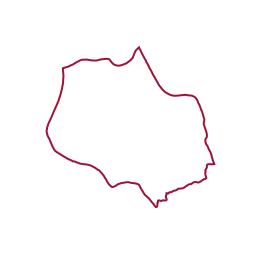 Man'ar, Al Mahrah, Yemen, rotated 234°
{"feature_id": "15242507B25634508234618", "entity_name": "Man'ar", "entity_type": "district", "adm_level": 2, "iso_a3": "YEM", "parent_name": "Yemen", "parent_adm1": "Al Mahrah", "projection": "robinson", "projection_center": [50.908, 16.452], "detail": "fine", "context": "isolated", "style": "outline", "palette": "rose", "viewbox_px": 256, "rotation_deg": 234, "n_neighbors": 0, "source": "geoboundaries", "source_scale": "gbopen_adm2", "svg_char_len": 5797}
<svg xmlns="http://www.w3.org/2000/svg" viewBox="0 0 256 256"><g transform="rotate(234 128 128)"><path d="M47.3,104.9L47.5,105.5L47.8,105.9L48.1,106.3L49.5,107.2L49.9,107.5L50.0,108.0L50.2,108.5L51.2,109.1L51.5,109.5L51.5,110.1L51.1,110.6L50.3,111.3L49.9,111.5L49.4,112.0L49.3,112.5L49.2,113.1L49.0,113.7L48.6,114.2L47.8,115.1L47.2,115.9L47.1,116.5L47.2,117.0L47.6,117.4L48.6,117.7L49.1,117.8L49.6,118.0L50.0,118.2L50.8,118.9L51.2,119.2L51.4,119.7L51.6,120.2L52.1,120.5L52.6,120.8L52.2,121.4L51.7,121.5L51.4,121.9L51.3,122.5L51.5,123.0L51.6,123.6L51.5,124.1L50.8,125.1L50.6,125.7L50.5,126.8L50.6,127.5L50.4,128.0L49.9,128.9L49.7,129.4L49.4,130.5L49.3,131.1L49.2,131.7L49.4,132.8L49.1,133.3L48.8,133.8L47.9,135.3L47.0,136.9L46.9,137.4L46.8,138.0L46.8,140.4L46.7,141.6L46.7,142.3L46.7,143.4L46.6,144.0L45.9,145.6L45.6,146.0L45.5,146.6L45.5,147.2L45.6,148.3L45.5,148.9L45.3,149.5L45.1,150.0L44.9,150.5L44.1,151.4L43.7,151.8L43.3,152.1L42.9,152.5L42.6,152.9L42.3,153.5L42.1,154.7L42.0,155.8L42.0,158.8L41.9,159.4L41.7,159.9L41.4,160.4L41.4,161.9L41.8,162.1L42.3,162.3L43.4,162.6L44.9,163.3L45.8,163.8L46.3,164.2L46.6,164.6L46.9,165.1L47.4,165.2L47.9,165.4L48.3,165.7L48.6,166.2L49.0,167.3L49.9,168.8L50.3,169.1L50.7,169.3L51.2,169.6L51.6,170.0L51.8,170.5L51.7,171.1L51.5,171.6L51.2,172.1L50.9,172.5L50.5,172.9L50.2,173.3L49.2,174.9L48.5,175.7L48.2,176.2L48.1,176.6L48.5,176.6L49.7,177.1L50.7,177.3L51.0,177.4L52.0,177.6L52.6,177.9L52.9,178.0L53.2,178.1L53.5,178.2L53.9,178.4L55.3,178.8L56.0,179.1L57.4,179.8L57.7,179.9L58.3,180.1L58.7,180.1L59.4,180.3L60.1,180.5L60.8,180.6L61.8,180.7L63.2,180.9L63.9,181.0L64.5,181.2L65.2,181.4L66.2,181.6L67.6,181.7L68.3,181.7L68.6,181.8L69.1,181.8L69.9,182.0L70.7,182.2L71.0,182.4L71.8,182.9L72.4,183.2L72.9,183.6L73.2,183.9L73.4,184.2L73.6,184.5L73.7,184.8L73.9,185.5L74.6,186.6L74.8,186.9L75.2,187.2L75.5,187.4L76.5,188.0L77.2,188.4L77.8,188.7L78.1,188.8L78.7,189.0L79.4,189.2L80.4,189.6L81.0,189.8L81.7,190.0L82.4,190.2L83.2,190.4L84.1,190.7L84.8,191.0L86.1,191.4L86.7,191.6L86.9,191.8L87.5,192.2L88.0,192.7L88.5,193.2L88.6,193.5L88.9,193.7L89.3,194.2L89.6,194.5L89.8,194.7L90.5,195.0L91.5,195.3L92.5,195.6L93.0,195.9L93.3,196.0L93.9,196.2L95.9,196.9L96.6,197.1L96.9,197.3L97.2,197.3L97.5,197.4L98.1,197.6L99.0,197.7L99.4,197.9L99.8,197.9L101.1,198.4L102.1,198.6L102.8,198.8L103.4,199.0L104.7,199.3L106.1,199.5L107.2,199.7L108.9,200.2L109.5,200.3L109.9,200.4L112.1,200.4L112.8,200.4L114.1,200.0L114.8,199.7L115.8,199.2L116.8,198.5L118.7,196.4L118.9,196.1L119.4,195.6L120.5,194.6L121.0,194.1L121.2,193.7L121.4,193.4L121.9,192.4L122.1,192.2L123.3,190.2L124.2,188.5L124.8,187.6L125.0,187.3L125.9,185.8L126.5,184.9L127.4,183.9L127.9,183.3L128.8,182.6L129.4,182.2L130.0,181.7L130.9,181.1L132.2,180.5L132.5,180.4L132.8,180.2L134.4,179.5L134.8,179.3L136.6,178.9L137.6,178.7L138.0,178.6L140.0,178.4L142.0,178.4L144.1,178.2L144.9,178.3L146.0,178.5L146.3,178.5L146.7,178.5L148.0,178.7L151.1,179.0L151.5,179.1L151.9,179.1L152.3,179.2L154.3,179.5L155.4,179.5L157.8,179.8L159.6,180.2L159.9,180.2L160.9,180.4L161.2,180.4L161.5,180.4L162.2,180.5L163.5,180.6L163.8,180.6L165.5,181.0L166.2,181.1L166.6,181.2L168.3,181.4L168.6,181.5L169.6,181.6L170.1,181.6L170.4,181.6L171.1,181.8L171.7,182.0L172.0,182.1L173.7,182.2L174.1,182.2L175.1,182.4L178.3,182.8L179.4,183.0L182.4,183.5L183.6,183.8L184.4,183.9L185.0,183.9L186.0,184.1L186.8,184.3L186.7,183.3L186.5,182.7L186.4,181.6L186.3,180.8L186.2,180.1L186.1,179.8L185.9,179.4L185.6,178.8L184.9,177.5L182.5,173.8L182.2,173.1L181.9,172.4L181.8,172.1L181.4,169.9L181.3,169.5L181.3,167.6L181.3,164.8L181.4,164.4L181.6,163.6L181.8,162.5L182.0,162.2L182.1,161.5L182.5,160.1L183.1,158.6L183.6,157.6L184.0,157.0L184.8,156.0L185.1,155.7L185.8,155.1L187.1,154.3L187.4,154.1L188.0,153.9L188.9,153.6L189.9,153.5L190.3,153.4L191.6,153.4L191.9,153.3L194.2,153.3L194.8,153.1L195.1,152.9L195.6,152.4L196.6,151.3L197.0,150.7L197.3,150.1L198.0,148.9L198.7,147.7L199.9,145.3L200.2,144.6L200.6,143.4L201.0,142.4L201.9,141.1L202.5,140.3L204.0,138.4L204.9,137.5L205.3,137.0L206.6,135.9L207.3,135.1L207.5,134.9L207.7,134.6L208.4,133.7L209.0,132.7L209.7,131.8L210.2,130.9L210.5,130.1L210.9,128.8L211.1,127.3L211.4,125.4L211.4,125.1L211.5,124.3L211.6,123.5L211.7,123.1L211.7,122.3L211.7,121.2L211.9,120.1L212.3,118.6L212.6,116.4L212.9,115.3L213.1,114.8L213.4,114.1L213.9,112.6L214.1,112.0L214.3,111.2L214.6,110.4L208.2,106.5L202.2,101.5L198.1,97.1L194.8,93.1L190.6,87.4L184.8,77.4L181.3,71.6L178.4,66.3L176.4,63.5L175.0,62.0L173.3,60.3L171.8,59.5L169.9,58.7L167.8,58.2L165.9,58.1L162.0,57.1L158.0,56.2L154.0,55.6L151.9,55.7L150.1,56.3L142.3,59.5L137.5,61.6L136.9,62.2L135.9,62.7L135.0,63.1L134.5,63.4L134.0,63.6L133.4,63.8L133.1,64.3L132.7,64.7L132.2,65.2L131.7,65.5L131.1,65.8L129.7,66.8L128.7,67.4L127.4,68.3L126.5,69.1L126.1,69.5L124.9,70.7L124.1,71.6L123.7,72.1L123.4,72.5L123.0,72.9L122.2,73.7L120.0,75.5L118.5,76.4L117.4,76.9L116.2,77.4L115.7,77.7L114.7,78.2L114.1,78.3L113.0,78.7L112.4,78.9L111.9,79.0L111.5,79.4L111.0,79.6L110.4,79.8L109.9,79.9L108.9,79.9L106.2,80.3L103.9,80.3L101.8,80.2L100.7,80.0L99.1,80.0L98.5,79.9L96.8,79.6L94.7,79.5L93.6,79.5L93.1,79.5L92.6,79.6L92.1,79.8L91.1,79.9L90.1,80.2L89.7,80.4L89.3,80.8L89.1,81.4L88.6,83.1L88.5,83.7L88.5,84.3L88.4,85.2L88.5,86.2L88.4,86.7L88.3,87.3L87.9,88.4L87.6,89.5L87.2,90.6L86.9,91.1L86.3,92.2L85.5,93.9L84.9,95.0L84.6,95.5L84.3,96.0L83.9,96.4L83.5,96.8L82.6,97.6L81.3,98.8L79.7,100.5L78.5,101.7L77.6,102.4L77.2,102.8L76.2,103.2L75.7,103.4L75.2,103.4L74.3,103.4L73.7,103.3L71.9,102.9L70.9,102.8L68.7,102.7L68.2,102.6L67.7,102.6L67.2,102.6L66.6,102.5L66.1,102.4L64.0,102.4L63.5,102.5L63.0,102.6L62.1,102.9L60.5,103.1L58.8,103.5L57.8,103.6L53.6,103.7L52.0,103.9L51.5,104.0L51.0,104.0L50.5,103.9L48.3,103.9L47.8,104.0L47.5,104.4L47.3,104.9Z" fill="none" stroke="#9f1239" stroke-width="2"/></g></svg>